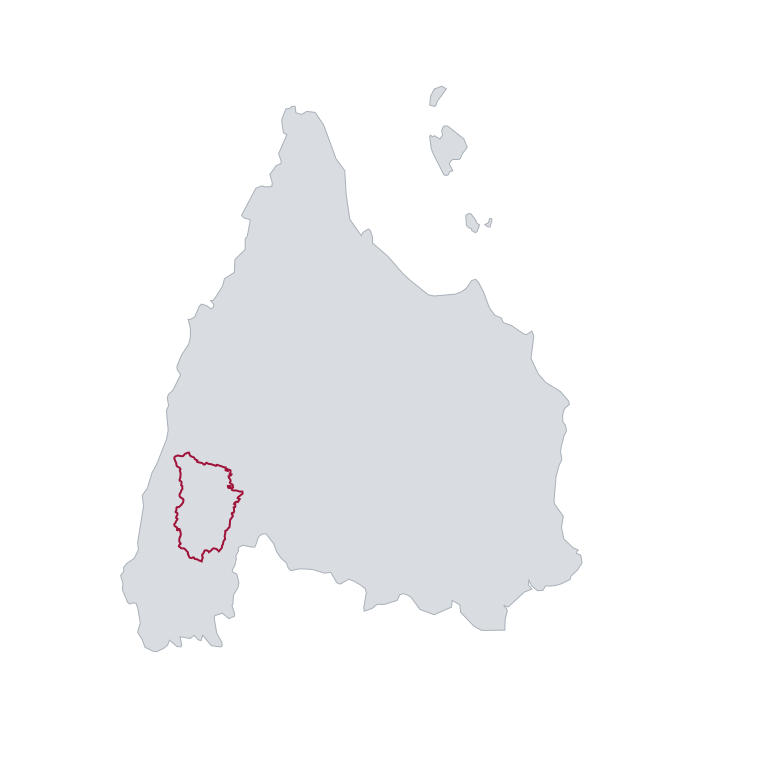 location of León within Spain, rotated 280°
{"feature_id": "ESP-5830", "entity_name": "León", "entity_type": "Autonomous Community", "adm_level": 1, "iso_a3": "ESP", "parent_name": "Spain", "parent_adm1": "", "projection": "mercator", "projection_center": [-5.923, 42.635], "detail": "fine", "context": "in_parent", "style": "outline", "palette": "rose", "viewbox_px": 768, "rotation_deg": 280, "n_neighbors": 0, "source": "natural_earth", "source_scale": "10m", "svg_char_len": 7931}
<svg xmlns="http://www.w3.org/2000/svg" viewBox="0 0 768 768"><g transform="rotate(280 384 384)"><path d="M413.8,179.9L413.9,182.1L417.5,186.1L428.2,188.5L431.0,190.2L430.4,195.8L427.9,200.6L430.2,202.7L432.8,202.6L435.9,198.8L436.6,201.3L441.5,203.6L452.3,208.0L460.0,208.6L467.9,217.2L480.7,215.6L492.3,223.9L503.1,222.1L505.6,223.7L522.4,223.9L523.3,217.1L525.3,214.4L554.5,223.8L558.0,229.6L557.4,232.5L559.0,239.2L562.8,239.0L570.5,235.2L580.4,239.9L583.0,244.0L585.1,244.3L592.6,240.2L612.8,245.1L613.6,241.9L615.0,241.0L623.5,238.1L627.1,237.4L637.9,239.6L639.1,243.4L641.3,244.9L642.1,248.2L635.8,250.2L635.1,255.9L639.1,260.7L639.5,269.0L628.6,279.6L597.6,297.6L587.3,308.3L564.2,313.8L540.3,321.7L526.1,335.9L529.7,337.0L534.0,341.8L532.6,344.0L526.4,347.3L520.8,348.2L510.4,365.6L496.0,383.5L490.8,391.5L479.5,412.2L479.4,418.2L484.9,438.7L488.1,444.0L492.6,448.5L501.1,452.4L503.1,456.1L500.2,459.7L491.8,466.1L477.1,474.7L470.8,481.4L469.5,487.9L465.2,490.8L463.5,499.9L457.7,512.5L457.3,515.8L461.8,520.4L457.3,523.2L434.7,524.3L420.7,534.2L413.7,542.8L407.3,558.9L399.6,568.4L396.2,570.1L390.9,566.0L384.3,565.3L377.9,566.7L374.6,570.0L369.4,571.9L364.2,570.3L353.2,569.4L348.2,569.6L340.5,572.2L333.9,570.5L322.8,569.5L298.7,571.7L295.6,572.7L284.9,583.5L273.2,583.7L262.6,588.1L255.6,598.5L254.2,604.1L252.1,602.8L250.5,603.2L249.6,607.5L242.3,610.1L234.1,606.7L227.3,601.5L223.7,601.1L217.9,593.1L215.4,587.9L213.7,582.4L213.5,578.4L208.4,576.2L207.1,571.1L210.9,564.4L215.9,560.7L211.2,561.0L207.8,565.3L203.5,558.4L186.0,545.0L186.9,540.2L184.0,543.8L181.9,544.8L173.0,544.2L162.6,545.8L158.3,523.0L160.9,514.9L172.5,499.1L179.8,496.9L182.7,488.8L176.0,489.2L165.5,473.4L168.2,458.7L178.7,447.6L180.5,443.1L180.9,439.0L178.9,436.1L173.1,434.5L167.1,422.8L165.8,415.4L160.9,411.3L156.8,404.0L160.5,402.9L175.5,402.8L179.2,401.0L181.9,396.0L184.8,388.0L185.5,383.0L179.6,375.9L179.3,374.5L180.1,372.1L189.3,364.2L187.4,358.3L188.9,345.9L188.2,338.6L187.2,332.6L184.0,324.9L186.1,321.7L190.8,319.0L194.7,312.7L200.2,307.4L207.5,303.1L216.1,293.7L214.7,289.6L211.8,287.1L201.3,285.3L200.5,283.4L200.6,273.2L197.9,269.1L194.1,269.6L188.3,267.8L186.8,268.9L179.4,268.6L174.2,266.8L172.1,268.3L171.4,272.0L162.7,275.7L157.9,275.5L149.8,272.4L140.7,273.4L139.6,272.7L131.8,276.8L129.2,277.0L126.0,271.9L130.2,264.6L126.5,257.6L124.1,257.4L109.7,262.5L101.3,269.2L97.9,270.1L96.7,268.8L96.3,259.3L105.1,249.1L99.5,248.4L99.8,245.5L103.4,240.8L99.7,237.2L99.7,226.9L91.8,230.2L89.8,229.7L89.7,225.5L94.5,217.2L89.4,216.3L85.6,213.2L80.8,206.4L80.7,202.8L83.3,194.3L90.2,190.3L96.9,184.4L106.3,185.5L120.1,180.6L124.9,178.0L124.8,174.4L123.1,171.8L124.6,169.3L135.8,162.2L142.6,161.4L149.6,157.9L154.2,160.2L158.3,159.4L162.9,162.1L169.1,168.4L178.1,170.9L185.3,168.9L222.0,168.4L232.4,165.3L240.5,169.1L256.2,170.9L265.6,174.1L291.7,179.4L301.1,179.5L320.0,174.3L325.2,175.6L332.8,173.0L336.4,173.5L341.1,177.2L357.8,182.1L362.2,177.9L365.4,177.0L377.4,179.6L389.5,184.8L395.8,185.2L405.0,183.8L413.8,179.9ZM634.9,396.5L639.2,398.5L643.7,396.7L646.1,397.3L648.5,398.2L649.1,401.9L639.3,420.0L631.7,424.9L623.9,421.0L619.4,420.0L618.1,418.6L617.0,412.8L615.0,410.9L612.0,410.1L606.0,414.7L604.2,411.6L601.3,411.0L600.2,409.2L600.3,406.8L618.8,392.8L624.1,389.6L635.5,386.0L637.2,386.6L635.8,388.7L637.3,390.7L634.9,396.5ZM687.3,389.1L685.5,394.2L671.7,387.4L667.2,386.7L666.1,385.7L666.6,380.6L675.8,379.9L683.3,382.4L687.3,389.1ZM558.8,447.0L557.2,450.5L550.4,449.2L548.9,447.8L550.3,443.8L552.3,443.3L552.4,440.5L554.5,437.6L564.1,435.3L566.3,437.2L566.8,440.0L561.0,446.2L558.8,447.0ZM565.5,461.1L564.4,461.9L557.0,461.2L556.9,458.9L558.4,455.6L561.1,458.8L565.4,459.4L565.5,461.1Z" fill="#d9dde1" stroke="#a8b0b8" stroke-width="1"/><path d="M274.9,190.3L275.3,190.4L275.7,190.5L276.6,191.2L277.8,193.4L277.7,196.7L277.8,197.3L278.0,198.3L278.3,198.8L278.8,199.1L280.6,200.1L280.9,200.6L281.1,201.1L282.0,202.0L282.2,202.4L282.5,204.0L281.0,204.6L279.8,205.6L279.3,206.5L278.7,209.5L278.3,210.0L277.1,210.9L276.8,211.6L276.3,213.5L275.2,213.3L274.9,213.5L274.8,213.8L274.7,214.2L274.6,218.4L274.4,219.0L273.5,220.4L273.4,220.8L273.5,221.3L273.9,221.7L275.4,222.5L275.6,223.0L275.6,223.4L275.1,224.2L274.9,225.1L275.0,228.0L274.2,232.7L275.3,233.2L275.3,234.3L274.2,241.4L274.3,242.6L271.5,243.0L271.2,245.2L272.9,244.7L272.3,247.8L270.2,248.2L268.6,247.7L268.5,249.5L267.5,249.1L266.1,247.0L265.3,247.2L264.8,247.5L263.7,248.8L262.7,249.5L261.6,249.8L260.5,249.3L260.0,249.4L259.7,249.7L259.1,250.7L258.7,252.1L258.6,252.3L258.4,252.5L258.2,252.4L257.5,252.6L256.5,253.3L255.9,253.3L254.5,252.2L254.2,252.1L253.3,252.7L253.0,253.9L253.5,257.6L253.0,260.6L253.5,263.2L251.5,263.8L247.0,259.8L246.1,259.7L245.6,261.9L242.4,260.6L242.5,259.5L242.5,259.2L242.3,258.9L241.5,257.9L241.0,257.5L239.9,257.2L240.0,258.4L237.1,258.8L236.5,257.4L232.8,258.5L231.4,258.3L230.8,257.1L230.4,256.6L229.9,256.5L229.7,256.7L229.5,257.2L229.4,257.4L229.1,257.4L228.6,257.4L228.3,257.5L227.8,258.0L227.5,258.1L223.6,256.1L216.4,256.7L216.0,256.6L214.7,255.5L213.1,254.9L212.6,254.4L212.0,253.4L211.6,253.1L211.2,253.2L210.4,253.6L206.4,253.5L203.6,254.5L202.1,253.5L200.6,253.2L198.0,253.2L196.7,252.6L196.3,252.6L194.7,252.8L194.0,252.5L190.5,250.4L191.1,249.8L191.7,248.7L192.2,248.0L192.4,247.6L192.5,247.2L192.5,246.8L192.5,245.9L192.5,245.5L192.6,245.0L192.4,244.5L191.8,243.7L190.2,242.8L188.0,240.9L188.3,240.7L188.5,240.5L188.8,240.0L189.0,239.7L189.2,239.1L189.3,238.1L189.4,237.6L188.8,236.3L185.6,235.4L185.4,235.3L184.9,234.9L184.4,234.6L183.8,234.6L182.9,234.9L182.5,235.2L182.3,235.4L182.2,235.5L181.6,235.7L179.6,235.3L177.6,235.2L178.0,234.1L178.0,232.9L178.1,232.5L178.9,230.7L178.9,230.0L178.8,228.3L179.0,227.8L179.4,227.4L179.8,227.2L180.2,226.8L180.2,226.4L180.1,226.0L179.8,225.7L179.5,225.3L179.2,224.7L179.0,223.9L179.1,223.4L179.3,222.9L179.9,222.2L180.0,222.0L181.3,221.4L182.3,220.4L182.8,220.3L183.2,220.4L183.5,220.4L184.0,220.2L184.5,219.8L185.5,218.3L186.9,216.6L187.2,216.1L187.3,215.4L187.3,214.9L187.0,213.4L187.1,212.6L187.8,211.7L188.0,211.3L188.1,210.7L188.5,210.2L190.0,210.4L190.8,210.8L191.1,211.4L191.4,211.5L191.9,211.2L192.2,210.9L192.6,210.5L192.9,210.1L193.4,209.8L194.2,209.6L195.0,209.4L197.1,209.4L197.7,209.5L198.1,209.6L198.3,209.9L200.4,210.0L200.9,210.0L202.5,209.3L203.1,209.2L205.5,207.9L205.7,207.5L205.7,207.1L205.4,206.9L204.6,206.6L204.2,206.4L204.0,206.0L204.1,205.7L204.3,205.4L205.6,205.4L206.5,205.1L206.8,204.9L207.0,204.6L207.0,204.3L207.1,203.9L207.3,203.6L207.6,203.2L207.7,202.8L208.0,202.4L209.2,201.8L210.0,202.0L210.4,202.3L210.8,202.6L211.7,202.9L212.3,202.9L214.2,203.8L215.1,204.1L215.4,204.0L215.6,203.7L215.8,202.9L216.0,202.6L216.6,202.4L217.7,202.6L218.9,203.1L219.5,203.3L220.1,203.2L221.0,202.8L221.3,202.4L221.4,201.9L221.5,201.5L221.6,201.1L222.0,201.0L224.2,201.4L224.8,201.4L226.1,201.1L226.6,201.4L226.9,201.8L227.0,202.7L227.2,203.1L227.3,203.5L227.6,203.9L228.7,204.5L229.2,205.0L229.8,205.4L230.3,205.6L230.5,205.8L231.7,206.3L232.1,206.5L232.5,206.7L234.3,206.7L235.0,206.6L235.5,206.5L235.9,206.1L236.0,205.7L236.2,205.4L236.3,205.0L236.3,204.9L236.4,204.7L236.5,204.3L236.7,204.0L237.0,203.6L237.3,203.2L237.4,202.8L237.7,202.5L238.1,202.2L238.8,202.0L239.9,201.9L240.6,202.0L241.8,202.6L242.8,202.8L243.4,202.8L244.4,203.0L244.8,203.3L245.2,203.5L245.6,203.7L246.1,203.6L247.2,203.2L248.0,203.2L248.4,203.2L248.6,202.9L248.8,202.5L248.9,202.1L249.1,201.8L251.6,201.8L252.1,201.7L252.5,201.5L252.9,201.0L253.2,199.7L253.6,199.4L254.2,199.3L256.6,199.7L260.8,199.2L263.2,198.0L263.6,197.9L264.1,198.2L264.5,198.4L265.0,198.3L265.7,197.6L266.1,197.1L266.4,196.1L266.5,195.7L266.6,195.3L267.1,194.4L267.5,194.0L268.3,193.6L270.0,193.1L271.3,192.3L272.0,191.7L274.4,190.4L274.9,190.3ZM256.0,250.9L256.8,250.4L256.8,249.2L256.5,248.0L255.5,248.2L254.7,248.9L254.7,249.9L255.2,250.8L256.0,250.9Z" fill="none" stroke="#9f1239" stroke-width="2"/></g></svg>